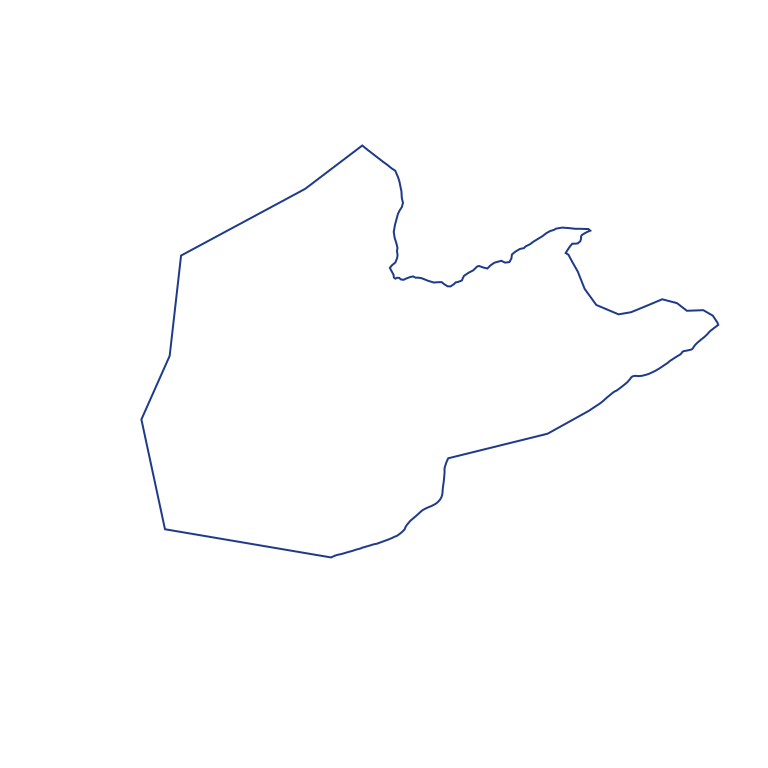 El Nispero, Santa Bárbara, Honduras, rotated 35°
{"feature_id": "27666195B93278027696890", "entity_name": "El Nispero", "entity_type": "district", "adm_level": 2, "iso_a3": "HND", "parent_name": "Honduras", "parent_adm1": "Santa Bárbara", "projection": "robinson", "projection_center": [-88.3, 14.771], "detail": "fine", "context": "isolated", "style": "outline", "palette": "blue", "viewbox_px": 768, "rotation_deg": 35, "n_neighbors": 0, "source": "geoboundaries", "source_scale": "gbopen_adm2", "svg_char_len": 6069}
<svg xmlns="http://www.w3.org/2000/svg" viewBox="0 0 768 768"><g transform="rotate(35 384 384)"><path d="M144.1,395.2L192.3,483.9L205.6,552.2L287.9,628.6L440.2,556.4L440.5,555.7L440.9,555.1L441.3,554.4L441.7,553.8L442.3,552.7L442.5,552.5L442.9,552.0L443.2,551.5L443.6,551.0L444.0,550.6L445.0,549.4L446.3,548.1L446.6,547.8L446.8,547.5L447.8,546.3L449.6,544.0L451.2,542.0L453.2,539.6L453.8,538.9L455.6,536.4L456.9,534.8L457.2,534.5L458.2,533.3L458.8,532.6L459.0,532.3L459.3,531.9L459.4,531.7L459.7,531.2L459.9,530.9L460.1,530.5L460.4,530.2L460.7,529.8L461.0,529.4L461.7,528.6L462.0,528.2L462.4,527.7L465.0,524.5L467.3,521.5L467.8,520.9L468.3,520.4L468.5,520.2L469.3,519.4L469.6,519.1L470.0,518.6L470.4,518.1L470.7,517.6L471.1,517.0L473.7,513.3L477.4,508.0L477.8,507.3L478.3,506.5L478.7,505.9L479.6,504.2L480.2,503.2L480.6,502.6L480.9,502.1L481.3,501.7L481.5,501.2L481.7,500.9L481.8,500.7L481.9,500.4L482.1,499.9L482.5,498.8L482.8,497.7L483.2,496.6L483.5,495.4L483.7,494.6L484.0,493.1L484.1,492.7L484.1,492.3L484.2,491.9L484.2,491.6L484.2,491.3L484.2,491.0L484.1,490.8L484.1,490.5L483.9,489.9L483.8,489.5L483.8,489.2L483.7,488.9L483.7,488.6L483.6,488.1L483.6,487.7L483.6,487.4L483.6,486.3L483.7,485.4L483.7,484.6L483.8,483.7L483.9,482.4L483.9,481.9L484.0,481.4L484.1,480.8L484.2,480.6L484.2,480.3L484.6,478.9L485.4,475.7L485.9,473.9L486.5,471.4L487.2,468.1L487.4,467.4L487.7,466.1L487.8,465.8L488.0,465.2L488.1,464.9L488.3,464.5L488.5,464.2L488.8,463.5L489.1,462.9L489.4,462.3L489.7,461.8L490.3,460.7L490.8,459.9L491.8,458.4L492.7,457.0L493.7,455.2L494.3,454.0L494.4,453.8L494.6,453.5L494.7,453.2L494.8,453.0L495.0,452.5L495.2,451.9L495.5,451.0L495.6,450.6L495.8,449.8L495.9,449.2L496.0,448.7L496.0,448.3L496.1,447.8L496.2,447.2L496.2,446.7L496.2,446.1L496.1,445.6L496.1,445.0L496.0,444.2L495.9,443.7L495.8,443.2L495.6,442.7L495.5,442.2L495.3,441.6L495.2,441.3L495.0,440.9L494.8,440.6L494.6,440.1L494.3,439.6L494.0,439.1L493.7,438.6L493.0,437.4L492.7,436.9L492.4,436.4L492.1,435.9L491.7,435.2L490.9,433.6L489.5,430.8L488.9,429.7L488.4,428.8L487.9,427.8L485.2,423.2L485.0,422.7L484.4,421.9L483.9,421.1L483.6,420.7L483.0,419.9L482.6,419.3L482.4,419.0L482.2,418.6L482.0,418.2L481.8,417.9L481.7,417.8L481.6,417.5L481.1,415.9L480.5,413.9L480.2,413.0L480.0,412.2L479.9,411.7L479.7,410.9L479.6,410.0L479.4,409.2L479.2,408.0L546.5,330.9L567.4,288.0L568.6,284.8L569.7,282.0L570.6,279.8L571.3,278.1L571.6,277.3L571.9,276.5L572.3,275.4L572.6,274.3L572.9,273.3L573.2,272.3L573.4,271.7L573.6,270.6L574.0,268.8L574.2,268.2L574.3,267.5L574.6,266.5L574.8,265.7L575.0,265.0L575.4,263.7L575.5,263.2L575.7,262.5L575.9,261.8L576.0,261.4L576.1,261.1L576.3,260.4L576.6,259.4L576.8,258.9L577.0,258.2L577.2,257.9L577.3,257.6L577.6,257.2L577.9,256.6L578.1,256.3L578.2,256.2L578.3,255.9L578.5,255.6L578.5,255.3L579.0,254.0L580.8,248.3L581.3,246.6L581.8,244.9L581.9,244.4L582.1,243.7L582.2,243.4L582.4,241.8L582.6,240.1L582.6,239.8L582.7,239.1L582.7,238.5L582.7,237.7L582.7,237.3L582.8,236.8L582.8,236.5L582.9,236.2L583.0,235.7L583.1,235.4L583.3,235.2L583.5,234.9L583.7,234.6L584.0,234.3L584.2,234.1L584.5,233.8L584.9,233.5L585.2,233.2L585.5,233.0L585.8,232.8L586.2,232.6L586.5,232.4L587.2,232.0L587.5,231.9L587.7,231.7L587.9,231.6L588.2,231.3L588.9,230.8L589.4,230.4L589.8,230.0L590.4,229.5L590.7,229.2L590.9,229.0L591.4,228.4L591.8,228.0L592.3,227.4L592.8,226.8L593.7,225.7L594.3,224.9L594.6,224.5L595.1,223.8L595.8,222.7L596.4,221.6L596.9,220.8L597.4,219.9L598.2,218.5L598.9,217.1L599.1,216.7L599.3,216.3L599.5,215.8L600.1,214.5L600.3,214.2L600.7,213.2L601.9,210.1L602.4,208.7L603.4,206.2L603.9,205.0L604.1,204.6L604.3,203.9L604.4,203.5L604.5,203.1L604.7,202.0L604.9,201.4L605.1,200.9L605.3,200.3L606.2,198.2L606.9,196.3L608.7,192.1L609.0,191.5L609.5,190.5L609.6,190.2L609.7,189.8L609.8,189.4L609.9,189.2L610.0,188.8L610.0,188.4L610.0,188.0L610.0,187.6L610.0,187.2L610.0,186.9L610.0,186.7L610.1,186.4L610.2,186.1L610.3,185.9L610.3,185.7L610.5,185.5L610.5,185.4L610.7,185.2L611.2,184.6L613.6,182.2L615.2,180.4L615.7,179.9L615.9,179.6L616.0,179.4L616.1,179.2L616.4,178.6L616.4,178.4L616.5,178.1L616.5,177.8L616.5,177.6L616.5,177.4L616.5,176.6L616.4,175.9L616.4,175.6L616.4,175.0L616.5,174.3L616.5,173.7L616.5,173.4L616.6,172.7L616.7,172.1L616.8,171.8L616.9,171.1L617.0,170.5L618.1,166.2L618.5,165.0L619.0,163.2L619.2,162.7L619.4,162.1L619.4,161.7L619.6,161.2L619.8,160.2L620.0,159.1L620.2,158.3L620.3,157.5L620.4,157.2L620.4,156.4L620.5,155.4L620.6,155.0L620.7,154.5L620.7,154.1L620.9,153.5L621.0,152.8L621.4,151.7L621.9,150.0L622.4,148.3L622.8,147.3L623.4,145.4L623.7,144.3L623.9,143.9L622.0,142.5L614.1,139.4L603.2,140.4L590.1,150.3L577.7,149.7L563.3,155.0L555.5,167.4L545.2,183.5L536.2,192.4L512.6,197.5L493.8,191.0L478.3,180.8L467.6,175.7L460.9,172.3L457.7,172.5L457.5,169.1L457.4,165.5L457.7,161.2L460.6,159.0L462.1,157.6L462.9,154.5L462.1,152.0L460.8,150.1L460.6,148.7L461.2,147.1L462.4,144.5L463.3,142.8L464.6,140.7L465.0,140.1L462.6,139.8L459.6,141.8L455.4,144.5L452.1,146.9L446.1,150.2L440.2,153.7L435.8,158.1L434.8,160.3L432.5,163.2L430.6,167.0L428.9,172.3L424.7,181.8L423.5,185.6L421.1,190.0L420.7,192.4L417.8,195.5L415.6,200.5L414.5,204.5L416.4,208.2L416.8,212.2L413.6,215.1L409.4,215.8L404.8,221.4L403.2,225.8L402.4,230.1L398.9,231.5L394.0,232.9L392.9,234.4L391.9,239.7L389.5,244.3L387.5,249.5L387.8,251.7L388.4,254.5L386.1,258.0L384.4,259.7L384.0,262.1L382.5,265.9L380.1,267.5L375.7,267.7L372.8,267.5L369.9,269.6L366.6,272.3L360.8,274.2L356.9,275.1L353.4,276.0L350.7,277.5L348.9,278.8L346.1,279.2L343.9,281.6L341.7,284.9L340.2,287.5L337.7,288.7L335.7,288.3L333.8,289.5L332.9,291.2L331.0,291.1L329.1,289.0L325.4,287.2L322.2,285.5L322.4,282.3L323.6,278.0L322.5,273.3L321.3,270.8L318.5,267.8L318.3,267.7L317.1,264.9L313.0,261.3L308.8,258.1L304.7,253.8L301.7,247.3L299.1,240.1L297.9,236.8L297.3,233.2L297.1,228.7L295.6,224.7L291.9,221.4L287.6,216.0L284.9,213.5L280.4,209.2L276.7,206.4L273.5,204.5L270.8,202.8L267.0,203.0L261.4,202.6L255.7,202.5L246.7,202.1L242.8,201.9L238.4,201.7L237.3,201.7L229.4,201.1L207.5,269.3L144.1,395.2Z" fill="none" stroke="#1e3a8a" stroke-width="2"/></g></svg>